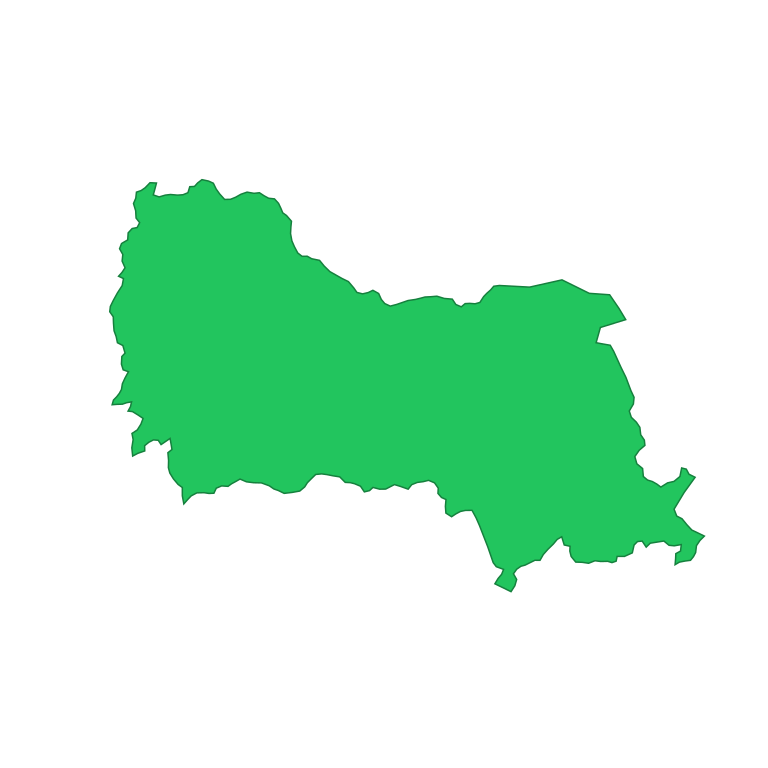 outline of Orleans, Santa Catarina, Brazil, rotated 341°
{"feature_id": "56859067B52517514114560", "entity_name": "Orleans", "entity_type": "district", "adm_level": 2, "iso_a3": "BRA", "parent_name": "Brazil", "parent_adm1": "Santa Catarina", "projection": "robinson", "projection_center": [-49.38, -28.28], "detail": "fine", "context": "isolated", "style": "filled", "palette": "green", "viewbox_px": 768, "rotation_deg": 341, "n_neighbors": 0, "source": "geoboundaries", "source_scale": "gbopen_adm2", "svg_char_len": 4023}
<svg xmlns="http://www.w3.org/2000/svg" viewBox="0 0 768 768"><g transform="rotate(341 384 384)"><path d="M155.7,432.2L161.0,429.2L165.3,427.0L171.6,426.0L178.5,428.2L182.9,430.5L187.6,431.9L191.5,427.9L197.3,427.5L203.2,430.0L207.4,428.7L212.2,427.9L216.9,427.0L222.1,431.7L228.6,434.9L235.9,437.6L242.4,442.9L245.7,447.4L249.4,450.3L254.0,454.9L261.8,456.6L269.5,457.8L275.5,455.5L279.4,452.4L284.9,449.7L290.0,447.3L295.8,448.7L300.6,451.1L305.7,454.1L311.9,457.4L315.3,464.4L320.0,466.3L323.7,468.7L328.5,473.0L330.3,479.6L335.6,480.1L339.9,478.2L345.6,482.0L351.4,483.9L356.2,483.2L361.1,482.5L366.1,486.1L372.6,491.3L377.4,488.2L383.4,487.9L389.2,489.1L394.8,489.6L399.6,493.9L401.4,500.1L399.4,505.0L401.4,510.0L405.0,513.4L402.2,519.7L400.5,526.2L404.7,531.5L409.7,530.2L414.8,529.4L419.7,530.0L426.1,532.1L427.5,540.5L428.2,548.9L429.1,571.6L429.1,588.5L430.7,593.3L436.7,598.2L433.3,602.2L428.6,605.0L423.8,609.0L436.5,621.7L442.0,617.4L445.8,612.0L444.6,605.6L449.2,602.3L454.2,600.9L458.4,601.2L463.0,600.6L469.3,599.8L474.1,601.5L479.1,597.1L485.1,593.7L492.1,590.4L497.2,587.3L502.3,586.3L502.0,594.9L507.1,598.0L505.3,602.5L504.8,608.0L507.3,614.8L513.3,617.1L519.1,620.1L525.9,619.8L531.2,622.4L537.8,624.5L541.4,627.1L545.8,627.1L548.3,622.9L555.2,625.3L563.8,624.5L568.0,617.7L572.4,615.5L577.0,616.6L578.8,623.6L583.9,621.2L590.8,622.4L597.5,623.6L601.0,629.3L605.8,631.5L612.8,632.6L610.0,638.5L604.7,639.4L602.8,644.2L600.4,649.6L605.3,648.6L611.0,649.4L616.4,650.5L620.4,648.0L623.8,644.8L626.8,638.6L631.8,634.8L637.4,632.1L632.5,627.2L627.5,622.3L624.5,615.5L621.9,608.4L617.8,604.2L617.5,596.8L632.6,584.2L647.8,573.5L643.0,568.6L642.1,562.9L638.1,560.3L633.7,567.8L626.5,570.5L619.9,569.8L612.2,571.6L609.5,567.6L606.0,563.6L601.9,560.6L599.1,555.9L601.0,548.1L597.1,541.8L597.5,534.3L603.8,529.7L610.7,527.0L611.9,521.8L610.2,515.6L611.8,508.3L610.2,502.3L607.0,496.0L607.1,489.4L613.3,484.1L616.1,478.0L615.3,470.6L614.9,456.6L613.5,445.4L611.8,427.9L610.5,421.0L602.7,416.7L598.0,414.0L607.0,401.0L633.5,401.8L630.8,389.1L626.4,373.1L607.6,365.1L586.2,343.5L553.2,339.8L525.1,328.4L519.6,327.3L515.4,329.8L510.8,331.7L506.7,333.8L501.2,338.1L496.2,337.8L491.4,335.7L486.9,334.4L482.2,336.2L477.8,332.2L476.2,326.0L468.8,322.7L462.6,318.2L456.6,316.7L451.1,315.1L446.9,314.8L441.4,314.3L433.9,312.9L427.8,312.9L422.0,312.9L415.3,312.4L410.9,308.2L409.0,303.2L408.4,296.7L404.0,291.8L398.9,292.4L393.1,291.8L388.2,288.6L386.7,283.3L383.7,275.6L378.8,270.7L374.7,266.1L369.4,260.1L365.8,252.9L363.3,246.1L356.4,242.0L353.0,238.2L348.1,236.6L345.1,232.0L344.0,225.0L343.5,218.7L344.6,211.4L347.1,205.2L349.5,200.0L346.7,193.0L344.0,189.2L343.7,184.3L343.1,178.9L340.7,173.3L335.4,170.8L332.0,167.1L328.5,162.6L323.2,161.4L317.0,158.0L310.5,158.0L304.5,159.1L299.0,159.4L293.4,157.6L290.5,150.8L288.8,145.1L288.0,138.6L284.2,135.0L278.4,131.5L273.3,133.2L269.1,135.5L264.6,134.2L260.9,139.3L255.6,139.6L250.3,138.2L243.8,135.3L238.7,134.2L232.3,133.9L227.4,130.1L231.1,124.7L234.3,119.9L228.3,117.5L222.0,120.7L217.4,122.0L212.4,122.0L209.8,127.5L205.9,131.8L205.6,139.4L203.6,146.4L205.5,151.9L201.5,155.7L196.5,155.0L191.3,157.8L188.6,164.3L181.6,165.7L178.0,170.0L179.2,176.5L176.4,182.5L177.0,189.8L172.6,193.2L168.1,195.7L172.0,199.5L168.5,205.7L161.6,211.1L155.2,216.9L150.5,221.6L148.2,226.4L149.9,232.3L148.0,238.5L146.1,245.8L146.2,252.0L145.4,258.2L149.6,262.6L149.2,270.5L145.1,272.6L142.2,279.7L142.0,285.7L146.4,289.2L141.1,294.0L136.7,298.6L134.0,303.7L130.7,306.7L127.0,309.1L123.0,311.1L120.2,315.1L124.9,316.3L130.1,317.9L134.6,317.9L139.5,318.7L136.9,322.9L133.2,326.3L137.2,328.2L141.4,333.3L145.0,338.1L141.1,342.8L135.8,347.1L129.6,348.7L128.7,354.9L124.8,362.2L122.9,370.3L128.7,369.4L136.0,369.4L137.6,364.4L142.8,362.5L147.8,361.8L152.2,363.7L153.5,368.7L157.9,367.5L164.0,365.8L163.1,371.5L162.2,376.9L157.3,378.6L155.4,386.2L152.9,392.9L152.5,398.5L154.0,405.1L156.6,411.9L159.6,416.2L156.9,424.1L155.7,432.2Z" fill="#22c55e" stroke="#15803d" stroke-width="1.5"/></g></svg>